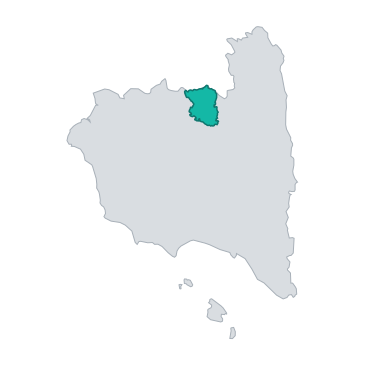 Salamanca on a map of Spain (Albers equal-area conic projection), rotated 80°
{"feature_id": "ESP-5841", "entity_name": "Salamanca", "entity_type": "Autonomous Community", "adm_level": 1, "iso_a3": "ESP", "parent_name": "Spain", "parent_adm1": "", "projection": "albers", "projection_center": [-6.114, 40.774], "detail": "fine", "context": "in_parent", "style": "filled", "palette": "teal", "viewbox_px": 384, "rotation_deg": 80, "n_neighbors": 0, "source": "natural_earth", "source_scale": "10m", "svg_char_len": 6660}
<svg xmlns="http://www.w3.org/2000/svg" viewBox="0 0 384 384"><g transform="rotate(80 192 192)"><path d="M200.6,86.4L200.7,87.4L202.5,89.2L207.8,90.1L209.1,90.9L209.0,93.5L207.9,95.9L209.0,96.9L210.3,96.8L211.7,94.8L212.1,96.0L214.5,97.0L219.9,98.8L223.6,98.9L227.6,102.8L233.8,101.6L239.6,105.2L244.8,104.0L246.1,104.7L254.2,104.2L254.4,100.9L255.3,99.5L269.7,102.9L271.7,105.5L271.5,106.9L272.5,110.1L274.3,109.8L277.9,107.7L282.9,109.5L284.4,111.4L285.4,111.5L288.9,109.1L298.9,110.5L299.1,109.0L299.8,108.4L303.7,106.6L305.4,106.1L310.7,106.6L311.6,108.4L312.7,109.0L313.3,110.6L310.3,111.9L310.3,114.6L312.4,116.8L313.1,120.8L308.3,126.6L294.0,136.9L289.4,142.7L278.3,146.4L266.8,151.3L260.3,158.9L262.1,159.3L264.4,161.6L263.8,162.7L260.8,164.6L258.1,165.3L253.6,174.3L247.0,183.8L244.6,188.1L239.6,199.0L239.8,202.0L243.3,212.2L245.1,214.9L247.5,217.0L252.0,218.7L253.2,220.5L251.9,222.4L247.7,226.0L240.5,230.9L237.5,234.6L237.0,238.0L234.9,239.7L234.3,244.4L231.6,251.2L231.6,252.9L234.1,255.1L231.8,256.7L220.0,258.0L213.0,263.5L209.5,268.2L206.6,276.8L202.7,282.0L201.0,283.0L198.1,280.9L194.6,280.7L191.3,281.6L189.5,283.4L186.8,284.5L184.1,283.7L178.2,283.5L175.6,283.7L171.6,285.2L168.0,284.4L162.1,284.0L149.4,285.5L147.8,286.0L142.2,291.8L136.0,292.0L130.4,294.4L126.7,300.0L126.0,302.9L124.9,302.3L124.0,302.5L123.6,304.8L119.7,306.2L115.3,304.4L111.6,301.6L109.7,301.4L106.6,297.2L105.3,294.4L104.4,291.5L104.3,289.4L101.6,288.2L100.9,285.5L102.9,282.0L105.5,280.1L103.1,280.3L101.3,282.5L99.0,278.9L89.8,271.8L90.3,269.3L88.8,271.1L87.7,271.6L83.0,271.3L77.5,272.1L75.4,260.1L76.9,255.9L83.0,247.8L86.8,246.7L88.4,242.5L84.9,242.6L79.6,234.4L81.1,226.9L86.6,221.3L87.5,219.0L87.7,216.9L86.7,215.4L83.7,214.5L80.8,208.5L80.2,204.7L77.7,202.6L75.7,198.9L77.5,198.3L85.2,198.4L87.0,197.5L88.4,195.0L89.9,190.9L90.3,188.4L87.4,184.8L87.3,184.1L87.7,182.9L92.3,178.9L91.4,176.0L92.2,169.8L91.8,166.1L91.4,163.1L89.8,159.3L90.9,157.7L93.3,156.4L95.2,153.3L98.0,150.6L101.6,148.5L105.8,143.9L105.1,141.9L103.7,140.7L98.5,139.8L98.2,138.8L98.2,133.8L96.9,131.8L95.0,132.0L92.2,131.1L91.5,131.7L87.9,131.5L85.3,130.6L84.2,131.3L83.9,133.1L79.6,134.8L77.2,134.7L73.3,133.1L68.8,133.6L68.3,133.2L64.4,135.1L63.1,135.2L61.6,132.6L63.8,129.1L62.0,125.6L60.9,125.5L53.7,127.8L49.5,131.0L47.9,131.3L47.3,130.7L47.3,126.1L51.7,121.2L49.0,120.8L49.2,119.4L51.0,117.1L49.2,115.4L49.4,110.3L45.5,111.8L44.6,111.6L44.6,109.5L47.1,105.6L44.6,105.1L42.8,103.5L40.6,100.1L40.6,98.4L42.0,94.4L45.4,92.6L48.7,89.9L53.2,90.5L59.9,88.3L62.2,87.1L62.2,85.4L61.4,84.2L62.1,83.0L67.6,79.7L70.8,79.4L74.2,77.8L76.4,78.9L78.3,78.6L80.5,79.9L83.4,83.0L87.7,84.2L91.1,83.3L108.7,83.1L113.7,81.6L117.6,83.4L125.1,84.3L129.6,85.7L142.1,88.1L146.6,88.0L155.6,85.3L158.1,85.9L161.7,84.6L163.5,84.8L165.8,86.4L173.8,88.5L175.9,86.5L177.4,86.0L183.2,87.0L189.1,89.2L192.1,89.3L196.5,88.4L200.6,86.4ZM317.5,184.3L319.8,185.0L322.0,183.9L323.2,184.0L324.5,184.4L325.0,186.2L321.0,195.9L317.4,198.8L313.3,197.2L310.9,197.0L310.2,196.3L309.3,193.4L308.2,192.6L306.7,192.3L303.9,194.9L302.8,193.5L301.3,193.3L300.7,192.4L300.6,191.2L309.2,183.2L311.7,181.4L317.3,178.9L318.2,179.1L317.5,180.3L318.4,181.2L317.5,184.3ZM343.4,177.6L342.8,180.2L335.5,177.6L333.2,177.5L332.6,177.1L332.6,174.5L337.1,173.6L341.0,174.4L343.4,177.6ZM281.4,213.6L280.7,215.4L277.2,215.1L276.3,214.4L276.9,212.3L277.9,212.0L277.8,210.5L278.7,209.0L283.6,207.4L284.8,208.3L285.1,209.7L282.5,213.0L281.4,213.6ZM285.4,220.5L284.9,220.9L281.1,220.9L280.9,219.7L281.5,218.0L283.1,219.5L285.3,219.6L285.4,220.5Z" fill="#d9dde1" stroke="#a8b0b8" stroke-width="1"/><path d="M90.9,180.8L90.9,180.6L91.0,180.3L91.1,180.2L92.1,179.5L92.3,179.3L92.7,178.6L91.9,177.8L91.4,177.0L91.3,176.0L91.7,175.0L92.2,174.2L92.3,173.9L92.2,173.4L92.0,173.0L91.7,172.7L91.5,172.4L91.5,171.9L91.6,171.4L92.1,170.5L92.3,170.0L92.3,169.6L92.3,169.1L92.1,168.1L91.8,167.1L91.8,166.7L91.8,166.1L91.8,165.9L91.9,165.7L91.8,165.2L91.8,164.3L92.2,164.2L92.3,163.8L92.2,163.4L92.0,163.2L91.6,163.1L91.4,162.9L91.3,162.3L90.8,161.1L90.5,160.5L89.8,159.8L89.6,159.4L89.5,159.1L89.8,158.7L89.9,158.1L90.3,157.9L91.7,158.0L92.3,158.0L92.6,157.7L93.5,156.4L93.7,155.8L93.6,155.1L93.7,154.9L94.0,154.5L94.8,153.9L94.9,153.6L95.1,153.2L95.9,152.0L96.2,151.7L96.6,151.6L98.0,151.6L99.5,150.9L99.8,150.7L103.4,151.4L107.7,153.8L108.1,153.4L109.3,153.5L109.8,153.7L109.9,153.8L110.0,154.0L110.0,154.3L109.9,154.6L109.9,154.8L110.3,155.2L110.5,155.2L110.9,154.9L111.0,154.8L111.3,155.0L111.4,155.3L111.7,155.5L112.0,155.4L112.3,155.2L112.4,154.8L112.4,154.7L112.3,154.3L112.3,153.6L112.3,153.1L112.5,152.8L113.0,152.7L114.7,153.2L116.9,152.9L117.8,152.4L118.0,152.4L118.7,153.2L119.1,153.4L120.5,153.5L121.7,154.4L123.7,154.1L123.8,155.2L123.9,155.3L124.7,155.3L124.8,155.4L125.2,156.0L125.4,156.1L125.6,156.1L125.9,156.1L126.0,156.0L126.1,155.9L126.2,155.7L126.3,154.2L126.9,153.8L127.1,153.7L127.3,153.9L127.6,154.3L127.8,154.5L128.0,154.6L128.6,154.6L128.8,154.6L130.0,155.6L129.5,156.6L129.4,157.1L129.5,158.0L129.7,158.3L130.1,158.4L130.3,158.5L130.5,158.9L130.6,159.4L130.6,159.9L130.5,160.3L130.0,160.9L130.3,162.0L129.2,163.4L129.3,164.5L129.2,164.9L128.8,165.6L128.0,166.2L127.4,167.2L124.8,169.2L124.3,170.8L123.7,171.4L122.9,171.8L121.5,171.9L121.3,171.9L121.5,172.9L123.2,172.9L122.7,174.9L122.5,175.3L122.2,175.5L121.4,175.6L121.6,176.4L121.3,176.7L121.0,176.7L120.7,176.5L120.1,175.9L120.1,175.3L120.0,175.2L119.7,175.1L119.1,175.3L117.6,176.6L117.4,176.9L117.4,177.2L117.7,177.7L117.9,178.2L117.8,178.5L117.7,178.9L116.7,180.4L115.9,180.7L115.4,180.7L115.2,180.4L115.4,180.0L115.5,179.8L115.5,179.6L115.4,179.3L115.2,179.0L114.9,179.0L114.7,179.1L114.3,179.3L113.5,179.5L113.4,179.6L113.2,179.8L113.1,180.1L113.0,180.4L112.9,180.6L112.7,180.7L112.5,180.8L112.2,180.8L111.6,180.6L110.8,180.2L110.5,179.9L110.3,179.7L110.0,179.5L109.5,179.2L108.7,178.9L108.4,178.7L108.5,178.5L108.6,178.4L108.6,178.1L108.8,177.9L108.9,177.7L109.0,177.4L108.9,177.2L108.4,177.0L108.1,176.9L107.9,176.7L107.9,176.3L107.5,176.2L107.2,176.1L106.9,175.7L106.7,175.5L105.9,175.0L105.5,175.0L105.2,175.0L104.2,175.7L104.0,175.8L103.7,175.9L103.3,176.0L103.0,176.1L102.8,176.3L102.7,176.4L102.6,176.6L102.5,176.8L102.4,177.0L102.2,177.2L101.5,177.3L101.3,177.4L101.1,177.5L100.6,178.0L99.8,178.3L99.6,178.4L99.1,178.6L98.9,178.7L98.2,179.3L98.0,179.6L98.0,179.8L98.1,180.2L98.1,180.4L98.0,180.6L97.9,180.8L97.7,180.9L97.4,181.1L95.8,181.4L95.5,181.5L95.3,181.6L95.0,181.7L94.8,181.7L94.4,181.4L94.2,181.5L93.5,181.9L93.0,181.8L92.9,181.7L92.7,181.8L92.4,181.9L92.2,181.9L91.7,181.7L91.1,181.0L90.9,180.8Z" fill="#14b8a6" stroke="#0f766e" stroke-width="1.5"/></g></svg>